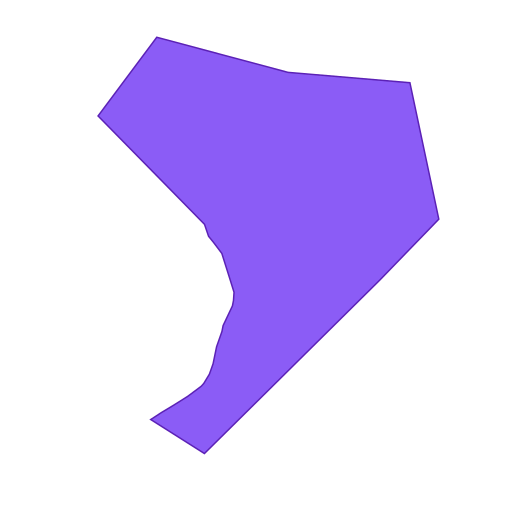 Erdenebulgan, Arhangay, Mongolia, rotated 188°
{"feature_id": "93677404B46470302769704", "entity_name": "Erdenebulgan", "entity_type": "district", "adm_level": 2, "iso_a3": "MNG", "parent_name": "Mongolia", "parent_adm1": "Arhangay", "projection": "albers", "projection_center": [101.475, 47.502], "detail": "fine", "context": "isolated", "style": "filled", "palette": "violet", "viewbox_px": 512, "rotation_deg": 188, "n_neighbors": 0, "source": "geoboundaries", "source_scale": "gbopen_adm2", "svg_char_len": 489}
<svg xmlns="http://www.w3.org/2000/svg" viewBox="0 0 512 512"><g transform="rotate(188 256 256)"><path d="M279.6,53.2L130.2,249.2L80.1,317.9L127.7,449.0L249.9,442.3L384.7,458.8L431.9,372.7L311.4,280.2L305.7,268.9L300.1,263.7L290.2,253.8L277.8,227.8L272.7,217.0L272.1,208.7L272.4,203.3L278.9,182.5L279.2,176.6L282.4,160.7L283.5,143.3L285.7,132.5L290.0,122.5L292.1,119.4L304.0,107.6L316.9,96.7L328.0,87.7L337.5,79.4L279.6,53.2Z" fill="#8b5cf6" stroke="#5b21b6" stroke-width="1.5"/></g></svg>